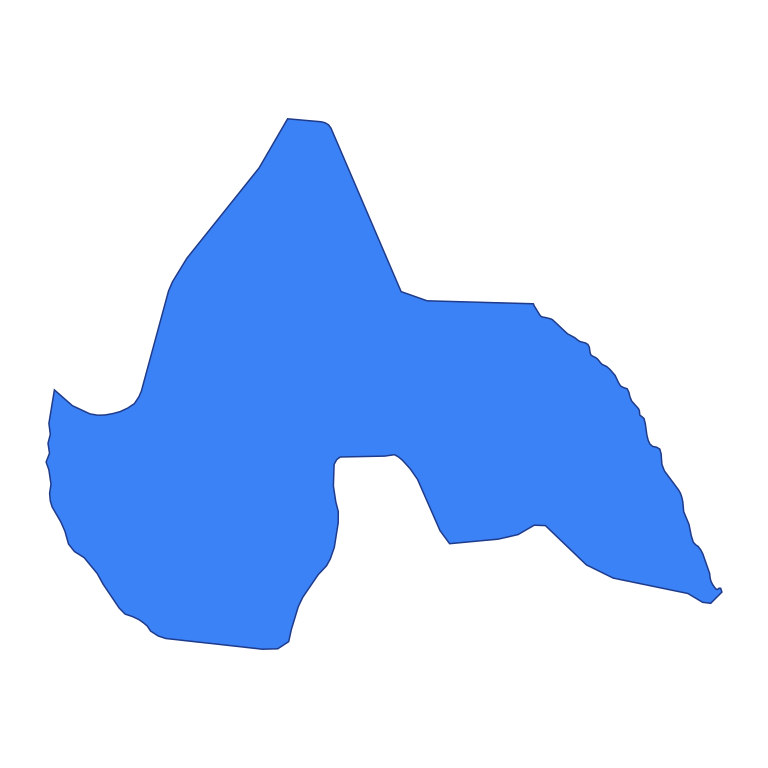 Lakes, Robinson projection
{"feature_id": "SDS-863", "entity_name": "Lakes", "entity_type": "State", "adm_level": 1, "iso_a3": "SSD", "parent_name": "South Sudan", "parent_adm1": "", "projection": "robinson", "projection_center": [30.344, 6.76], "detail": "fine", "context": "isolated", "style": "filled", "palette": "blue", "viewbox_px": 768, "rotation_deg": 0, "n_neighbors": 0, "source": "natural_earth", "source_scale": "10m", "svg_char_len": 1948}
<svg xmlns="http://www.w3.org/2000/svg" viewBox="0 0 768 768"><path d="M287.6,118.8L321.2,121.8L324.9,122.7L328.5,124.8L331.0,128.2L401.1,291.6L427.0,300.8L533.4,303.8L534.1,305.7L540.1,315.5L541.5,316.7L543.4,317.2L545.4,317.5L550.9,318.9L552.6,319.8L567.5,333.8L574.8,337.7L578.0,340.3L580.2,341.6L585.6,343.0L587.9,344.5L589.3,347.1L590.1,352.6L590.9,354.9L592.2,355.9L596.0,357.8L597.6,359.1L600.7,363.0L602.3,364.5L606.6,366.5L610.0,369.5L615.1,375.4L618.5,382.6L620.6,386.0L623.4,387.5L627.2,388.8L628.9,392.3L629.9,396.7L631.7,401.1L638.5,408.7L639.4,410.7L639.6,413.3L640.0,415.4L641.5,416.3L644.0,418.5L645.3,423.6L646.9,435.2L648.2,440.3L649.9,444.0L652.6,446.4L656.6,447.2L659.8,449.1L661.1,453.8L661.9,464.4L664.4,470.9L678.6,490.0L680.4,493.2L681.8,497.2L682.8,501.7L683.7,511.7L689.0,524.4L691.3,535.9L693.3,542.2L695.8,544.9L698.1,546.4L700.7,549.8L702.8,553.8L709.6,573.3L710.2,578.3L710.9,581.0L712.4,584.2L714.5,587.3L716.4,589.4L717.7,589.3L719.1,588.2L720.7,588.3L721.9,592.1L710.7,603.3L702.6,602.3L687.9,593.5L613.2,578.1L586.4,564.9L545.4,525.6L534.2,525.2L518.0,534.6L498.4,539.1L449.6,543.7L440.0,530.6L417.5,479.3L410.1,468.7L402.5,460.3L398.2,456.7L394.4,454.7L384.7,456.1L340.1,457.0L336.7,459.6L334.1,464.4L333.4,486.0L335.8,501.9L338.3,511.6L338.2,522.9L334.3,547.4L330.3,558.9L326.6,565.7L318.3,574.5L302.8,597.2L298.3,606.6L291.3,629.7L288.7,641.6L277.7,648.8L262.3,649.2L165.8,638.5L158.2,636.0L150.6,631.1L147.2,626.0L143.2,622.6L138.7,619.5L132.6,616.6L125.1,614.1L119.2,608.1L103.1,584.2L97.2,573.5L84.2,557.7L74.4,551.5L68.5,544.0L64.9,531.1L60.7,521.7L52.1,506.9L50.3,500.9L49.6,493.3L51.0,484.3L48.9,469.9L46.1,462.0L49.5,453.3L48.0,443.3L50.3,434.4L48.9,423.4L54.4,389.9L72.4,405.7L90.0,413.9L97.6,415.2L104.9,415.0L112.8,413.6L120.2,411.6L127.7,408.1L134.4,403.6L138.9,396.8L141.3,391.3L168.5,291.1L172.4,281.9L186.9,258.2L259.1,167.9L287.6,118.8Z" fill="#3b82f6" stroke="#1e3a8a" stroke-width="1.5"/></svg>